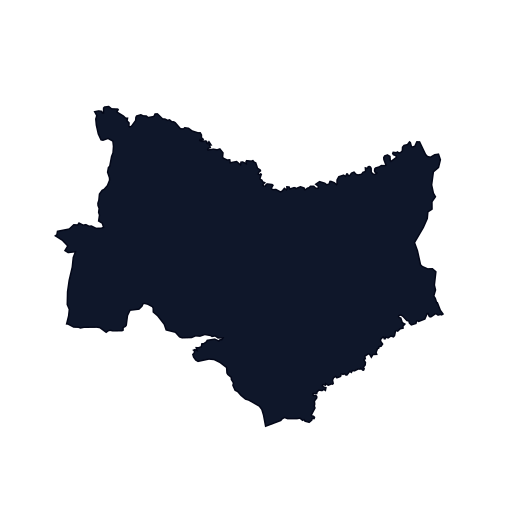 outline of Niangara, Orientale, Democratic Republic of the Congo, rotated 170°
{"feature_id": "63176286B33291186627226", "entity_name": "Niangara", "entity_type": "district", "adm_level": 2, "iso_a3": "COD", "parent_name": "Democratic Republic of the Congo", "parent_adm1": "Orientale", "projection": "mercator", "projection_center": [27.865, 3.502], "detail": "fine", "context": "isolated", "style": "filled", "palette": "ink", "viewbox_px": 512, "rotation_deg": 170, "n_neighbors": 0, "source": "geoboundaries", "source_scale": "gbopen_adm2", "svg_char_len": 6056}
<svg xmlns="http://www.w3.org/2000/svg" viewBox="0 0 512 512"><g transform="rotate(170 256 256)"><path d="M81.9,166.4L83.9,170.5L85.5,178.5L86.2,178.5L86.8,183.2L87.9,185.7L85.1,191.4L85.4,196.4L81.6,209.2L84.5,212.8L89.2,213.5L94.1,216.8L95.5,218.8L96.1,233.2L97.6,241.7L86.3,255.0L80.8,263.2L79.1,269.6L74.5,271.6L73.3,278.9L69.0,283.2L70.4,287.0L70.7,295.5L66.7,308.1L60.9,311.5L57.7,318.8L58.6,324.6L62.4,324.7L67.0,323.0L69.9,324.2L71.4,326.6L75.1,340.0L77.8,340.5L80.5,336.5L83.2,336.1L84.0,337.1L84.3,340.9L85.0,341.7L87.5,339.4L91.0,339.2L92.8,337.7L93.6,334.3L94.7,333.2L97.2,332.5L98.6,333.9L99.9,333.4L102.9,334.3L103.6,333.2L103.1,331.9L100.8,330.5L100.6,328.7L106.7,325.7L107.2,326.9L106.8,330.8L109.0,332.7L111.9,332.2L113.1,330.8L113.3,328.7L112.2,323.0L113.3,322.6L116.9,323.3L118.9,322.4L123.0,321.9L123.9,321.2L124.5,319.3L124.2,317.9L122.6,316.7L124.6,315.7L126.0,316.0L127.2,317.3L127.9,318.8L127.4,322.4L127.9,323.8L128.9,324.5L130.0,324.4L131.0,322.9L133.0,323.8L133.3,320.8L134.2,320.0L136.0,319.9L137.9,318.1L141.5,318.1L143.3,319.0L144.9,321.6L147.6,321.0L149.8,318.8L151.0,319.0L151.7,320.9L152.3,321.1L154.0,318.8L155.7,320.4L160.7,319.7L163.0,316.8L163.7,312.9L164.3,312.3L166.3,314.7L169.3,316.5L170.2,316.6L171.6,314.1L174.1,313.9L175.6,315.7L180.5,318.2L184.7,316.3L182.7,314.1L182.5,313.0L183.2,311.9L185.4,312.3L187.0,314.6L190.3,315.2L191.9,314.0L193.5,313.9L195.8,312.7L196.6,312.9L196.8,314.6L200.2,316.5L205.1,315.4L205.7,316.5L207.0,316.7L211.0,316.1L211.4,318.2L213.6,318.8L213.8,316.7L214.6,315.9L216.3,317.7L218.8,315.5L220.7,314.8L224.9,318.1L227.5,318.3L229.1,319.3L229.2,320.0L227.0,322.7L227.8,323.6L232.4,325.0L233.5,324.8L234.5,323.3L236.1,323.4L237.1,324.8L234.7,326.7L236.6,327.9L237.0,329.6L238.4,330.7L238.6,331.8L236.6,335.5L237.1,336.1L238.4,335.3L239.6,336.2L238.9,337.9L236.8,339.1L237.0,340.1L239.3,342.1L240.1,347.8L241.4,348.6L242.5,350.5L244.1,350.2L248.7,351.5L249.4,350.7L249.5,348.5L252.8,350.9L254.5,351.0L255.4,348.3L258.7,352.4L265.2,352.3L265.2,355.3L267.7,355.5L271.3,358.1L271.7,359.4L270.6,363.3L273.0,367.7L275.9,367.3L279.4,368.6L284.9,368.7L285.1,369.6L284.2,370.4L282.2,370.8L282.6,373.5L281.0,373.2L282.5,376.7L284.0,375.1L284.9,375.6L284.7,377.2L285.4,378.0L289.1,378.1L291.4,379.5L291.0,380.4L288.1,379.5L287.7,380.1L289.2,382.0L288.7,384.6L289.5,387.0L291.8,387.4L297.3,390.3L300.3,393.5L303.9,394.7L305.3,393.7L308.3,394.4L312.4,401.3L313.7,402.4L315.6,402.8L317.5,405.1L319.5,404.9L321.9,406.7L324.2,407.2L328.4,413.1L330.7,413.4L332.1,411.4L333.1,411.1L338.3,411.1L339.7,412.9L342.8,413.6L344.9,415.1L349.3,414.6L350.2,413.4L351.0,410.3L356.2,405.3L358.1,405.1L358.6,406.2L357.9,409.1L359.5,411.5L358.6,414.0L360.4,414.3L362.3,416.9L367.7,421.7L367.9,422.4L366.3,424.0L366.7,424.7L372.7,426.0L375.1,428.8L379.3,429.0L380.4,428.2L381.3,423.3L382.3,423.4L383.0,425.3L385.8,426.2L389.8,426.1L388.4,421.9L390.0,418.7L390.5,412.6L390.1,403.6L388.4,397.3L386.6,396.6L381.3,397.5L377.0,394.0L377.3,388.8L378.9,382.4L380.9,379.2L384.4,369.9L386.0,368.7L387.6,364.3L386.7,358.5L387.0,356.1L390.1,351.1L394.0,348.0L396.1,347.4L399.4,344.2L401.1,338.1L402.5,335.5L402.8,333.2L402.2,330.1L403.4,326.3L403.0,323.5L404.9,317.8L401.7,315.0L401.1,310.7L403.5,310.2L408.7,311.0L412.9,314.1L415.3,314.3L418.1,316.4L420.9,316.4L424.6,319.2L426.2,317.5L430.0,318.4L435.2,315.0L447.2,314.8L448.4,311.5L450.1,310.7L444.0,305.2L439.6,298.6L443.2,294.5L440.4,292.0L433.0,291.6L436.2,286.3L438.9,276.9L444.2,264.5L447.8,253.5L450.3,241.0L449.1,235.9L450.9,229.6L454.3,222.0L452.9,221.6L447.9,217.7L443.2,216.7L441.4,215.6L437.9,215.7L425.2,213.6L422.2,212.6L416.8,206.9L414.4,208.1L412.6,208.2L410.1,207.2L400.9,205.7L399.8,206.0L399.3,208.6L396.8,209.4L395.8,210.4L392.9,219.7L389.5,224.5L380.5,224.0L377.0,226.4L375.6,228.6L374.0,228.7L370.9,227.3L366.7,224.0L366.3,222.3L366.9,218.7L363.2,214.2L358.2,204.7L357.3,198.8L348.6,194.9L345.3,189.6L343.0,188.3L333.6,186.9L329.4,187.9L325.1,186.8L320.1,187.6L314.5,185.6L313.3,184.4L310.1,184.4L307.6,181.9L302.7,181.1L304.2,179.5L306.0,179.7L307.4,178.7L311.1,181.3L318.7,181.4L319.7,180.1L322.7,178.7L324.6,178.9L325.6,176.1L328.6,175.6L330.8,176.1L330.4,173.1L332.4,174.4L333.8,174.1L333.0,173.2L333.8,170.9L335.3,170.1L335.0,167.3L333.4,164.0L331.4,162.3L320.3,162.7L315.2,161.3L309.9,157.4L304.3,151.3L304.9,145.8L304.3,144.2L301.4,140.8L301.7,138.7L300.2,134.9L301.2,132.7L299.9,127.4L297.6,125.7L295.0,121.4L291.2,116.9L288.2,115.4L278.8,107.6L276.9,103.9L276.2,98.0L276.1,86.7L260.2,89.7L258.4,91.2L255.9,92.0L253.1,90.3L243.8,88.7L240.9,88.7L238.7,86.1L237.1,86.5L236.4,84.8L232.5,83.0L229.6,84.7L229.1,86.1L227.0,85.8L226.4,87.0L227.2,88.2L228.5,88.6L229.1,89.9L224.3,96.1L224.7,98.1L223.9,99.9L223.7,103.0L220.8,105.7L220.6,107.1L221.3,108.3L223.3,108.4L224.0,109.4L223.5,110.7L220.1,110.0L219.4,111.6L217.3,113.0L214.4,112.0L212.3,112.8L211.0,111.6L210.0,114.2L212.2,115.2L213.3,116.6L212.2,117.8L210.1,116.8L209.6,118.3L207.3,116.2L203.9,116.9L202.8,116.5L202.1,117.1L202.2,120.5L200.8,122.6L198.5,123.6L197.5,122.0L194.1,122.6L193.3,123.2L192.8,125.0L191.9,125.1L190.9,124.3L189.2,124.7L188.4,123.4L187.2,123.0L183.7,126.1L182.3,124.8L181.0,126.4L178.9,125.8L174.9,127.0L173.0,126.5L172.3,127.2L170.7,125.1L169.9,124.9L169.0,126.2L169.6,127.9L167.4,129.7L166.7,132.2L167.7,134.6L167.5,135.5L166.2,135.8L166.3,138.4L162.3,140.1L161.2,139.6L160.0,136.3L157.9,138.7L154.2,138.2L154.5,140.3L152.4,143.7L151.2,143.9L150.5,145.4L148.5,145.4L146.6,147.3L148.1,150.5L147.7,152.3L145.0,154.2L144.4,154.0L144.1,152.2L143.3,152.0L142.5,153.5L140.0,152.4L137.1,153.8L134.7,152.5L133.4,153.5L131.7,157.8L130.6,158.1L129.5,157.4L126.6,159.3L123.7,159.4L123.5,161.4L121.2,163.1L123.5,165.0L124.2,169.7L125.7,170.5L126.2,171.6L125.6,172.6L123.5,172.7L121.6,170.9L118.6,166.2L116.7,165.5L116.6,163.4L115.0,161.2L110.2,161.8L109.3,163.9L108.1,164.2L107.2,163.3L100.7,164.6L97.4,169.6L96.5,169.6L95.9,166.5L95.1,165.8L94.0,165.8L89.5,167.9L88.5,167.7L87.0,166.2L84.7,166.4L83.4,165.8L81.9,166.4Z" fill="#0f172a" stroke="#020617" stroke-width="1.5"/></g></svg>